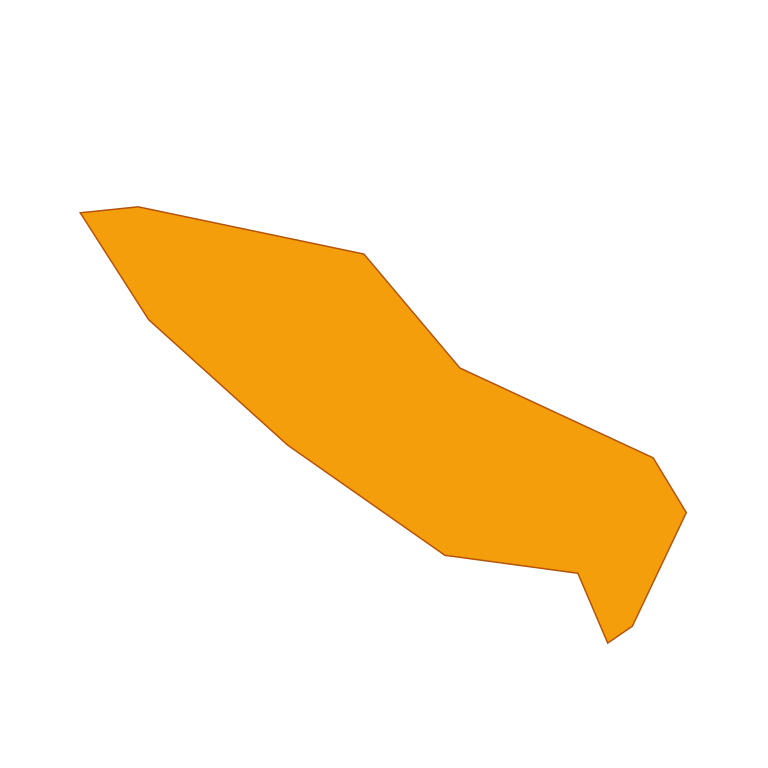 Bahrain, Natural Earth projection, rotated 128°
{"feature_id": "BHR", "entity_name": "Bahrain", "entity_type": "country or territory", "adm_level": 0, "iso_a3": "BHR", "parent_name": "Asia", "parent_adm1": "", "projection": "natural_earth1", "projection_center": [50.55, 26.027], "detail": "fine", "context": "isolated", "style": "filled", "palette": "amber", "viewbox_px": 768, "rotation_deg": 128, "n_neighbors": 0, "source": "natural_earth", "source_scale": "50m", "svg_char_len": 324}
<svg xmlns="http://www.w3.org/2000/svg" viewBox="0 0 768 768"><g transform="rotate(128 384 384)"><path d="M478.2,609.1L436.1,728.8L395.8,686.9L294.0,479.8L324.7,334.1L276.5,126.4L299.2,66.6L421.9,39.2L450.4,48.2L413.8,114.7L481.5,230.5L491.5,422.1L478.2,609.1Z" fill="#f59e0b" stroke="#b45309" stroke-width="1.5"/></g></svg>